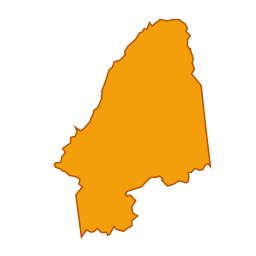 Santa Clara, California, United States of America, rotated 83°
{"feature_id": "52423323B90997065310094", "entity_name": "Santa Clara", "entity_type": "district", "adm_level": 2, "iso_a3": "USA", "parent_name": "United States of America", "parent_adm1": "California", "projection": "albers", "projection_center": [-121.672, 37.189], "detail": "fine", "context": "isolated", "style": "filled", "palette": "amber", "viewbox_px": 256, "rotation_deg": 83, "n_neighbors": 0, "source": "geoboundaries", "source_scale": "gbopen_adm2", "svg_char_len": 1491}
<svg xmlns="http://www.w3.org/2000/svg" viewBox="0 0 256 256"><g transform="rotate(83 128 128)"><path d="M230.6,187.5L224.1,181.8L226.8,177.6L226.7,174.3L224.1,170.7L228.6,166.9L228.8,162.3L231.9,161.3L231.6,159.4L224.1,153.9L227.2,151.9L230.0,145.1L228.0,142.0L225.6,136.0L220.5,135.5L216.5,129.2L213.1,133.7L206.7,133.9L201.2,129.2L197.1,132.1L194.9,134.0L195.1,137.7L193.1,138.6L190.7,136.6L188.1,122.0L180.0,112.0L180.3,105.0L179.3,103.3L182.5,99.6L183.9,100.9L190.4,95.9L189.6,90.7L186.6,83.3L189.5,77.2L188.9,75.3L184.0,73.5L179.7,73.7L179.7,70.7L176.3,66.4L178.6,62.3L178.3,59.0L173.9,55.2L173.4,52.7L176.3,50.9L135.1,50.8L96.5,50.3L94.0,50.7L82.0,58.3L77.4,54.8L71.6,56.5L67.1,54.8L56.7,56.8L57.1,57.4L56.9,57.4L53.9,58.9L53.7,59.0L51.6,58.7L47.6,58.1L43.7,55.0L39.5,58.7L36.2,57.0L31.9,58.4L26.7,64.0L25.8,70.2L26.6,76.1L24.1,82.7L29.7,91.8L26.0,93.8L32.4,97.4L31.4,99.8L34.4,102.2L34.6,102.4L34.8,104.8L40.8,109.5L47.4,118.8L52.4,122.2L54.7,121.6L59.7,127.6L60.7,133.6L65.5,135.9L68.0,139.6L79.9,145.1L88.9,149.9L90.2,149.2L93.3,150.7L95.3,150.2L98.3,152.1L104.1,155.6L106.0,159.4L110.9,161.3L112.5,162.9L116.8,164.6L123.5,172.2L125.0,175.6L120.8,180.2L125.1,178.8L129.9,181.5L130.3,185.9L136.0,187.0L140.3,195.4L144.7,193.2L148.4,197.0L153.8,198.8L153.8,204.1L155.1,205.7L158.2,204.6L160.8,199.3L162.5,198.4L163.6,195.7L168.0,192.0L168.7,189.1L170.5,184.9L173.2,182.0L177.6,183.6L180.9,180.5L188.0,187.9L230.6,187.5Z" fill="#f59e0b" stroke="#b45309" stroke-width="1.5"/></g></svg>